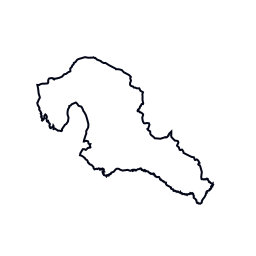 the district of Loeng Nok Tha, Yasothon, Thailand, rotated 22°
{"feature_id": "78962969B75091114631629", "entity_name": "Loeng Nok Tha", "entity_type": "district", "adm_level": 2, "iso_a3": "THA", "parent_name": "Thailand", "parent_adm1": "Yasothon", "projection": "mercator", "projection_center": [104.626, 16.21], "detail": "fine", "context": "isolated", "style": "outline", "palette": "ink", "viewbox_px": 256, "rotation_deg": 22, "n_neighbors": 0, "source": "geoboundaries", "source_scale": "gbopen_adm2", "svg_char_len": 5940}
<svg xmlns="http://www.w3.org/2000/svg" viewBox="0 0 256 256"><g transform="rotate(22 128 128)"><path d="M207.4,133.6L205.4,132.0L204.1,131.4L203.5,131.4L202.4,132.5L201.9,132.5L200.1,130.5L197.5,131.0L188.9,130.3L188.0,129.0L186.3,127.8L185.9,127.9L184.8,128.9L184.1,128.9L182.3,126.8L180.5,126.3L180.0,125.9L180.2,122.7L179.4,121.6L178.4,121.5L176.1,122.1L171.8,120.2L170.6,118.5L170.6,117.8L169.5,115.1L168.4,117.6L168.1,119.7L168.4,119.9L167.5,122.0L166.7,122.6L166.2,122.4L162.1,125.8L156.6,127.5L155.3,126.8L151.9,125.8L150.9,125.1L149.8,122.8L147.4,122.4L146.4,121.7L146.9,121.1L146.7,117.3L146.5,116.7L145.6,115.8L143.9,116.2L141.7,117.5L141.0,117.6L139.3,116.3L137.7,113.8L137.3,112.9L137.1,110.0L136.5,109.4L134.6,108.8L133.0,109.0L132.7,108.5L132.2,108.5L131.9,108.3L130.7,108.8L130.4,108.4L130.4,107.2L131.4,105.4L131.1,103.5L131.6,103.0L131.6,101.0L131.8,100.6L132.9,100.2L132.9,99.5L130.9,96.5L129.6,93.1L128.7,91.4L128.5,89.2L125.5,88.8L123.6,87.0L121.0,88.0L119.8,87.8L118.2,88.3L117.0,87.6L115.5,87.9L114.7,87.7L113.9,87.3L113.5,86.7L113.1,85.6L113.0,82.9L111.5,81.2L111.3,80.2L111.5,79.6L110.0,78.8L108.5,78.4L103.3,77.9L100.4,76.6L97.4,77.0L94.8,78.0L94.4,77.6L87.0,76.9L82.8,76.1L81.3,76.8L80.4,76.8L79.1,76.7L77.6,76.1L73.8,76.2L71.3,75.3L70.8,75.7L69.5,75.4L68.6,76.1L64.7,77.8L61.6,78.4L56.2,82.7L55.3,83.8L54.6,86.5L53.4,88.0L53.7,88.7L53.6,89.7L53.0,90.7L52.9,91.6L53.1,92.1L52.2,94.4L53.3,97.1L51.8,98.5L50.3,101.0L48.7,102.1L47.6,105.1L45.6,107.1L42.4,109.4L41.8,109.5L41.3,110.7L40.6,110.7L40.2,110.1L39.5,110.0L37.7,110.7L36.3,111.7L36.1,112.7L36.2,113.9L37.0,115.7L36.8,116.7L33.8,118.3L32.1,118.9L30.5,120.1L29.4,121.5L27.8,122.0L29.7,124.8L32.4,129.7L34.8,132.6L34.9,133.5L34.6,135.6L34.7,137.5L34.4,138.4L34.6,138.9L35.9,140.7L37.0,141.4L38.6,142.9L38.6,143.9L39.0,144.4L40.5,145.3L42.0,146.7L41.8,147.2L42.2,147.3L42.2,148.0L43.2,148.8L43.1,149.1L43.6,149.7L43.4,150.0L43.7,150.1L43.8,150.8L44.5,151.0L45.1,152.1L45.5,152.3L45.3,154.0L46.5,151.8L46.6,150.7L46.9,150.2L46.2,149.2L45.9,148.1L46.3,146.4L47.4,146.8L48.5,147.9L48.8,148.6L48.8,149.8L50.4,152.2L51.2,152.3L51.5,151.6L52.5,152.8L53.8,153.3L54.2,153.8L54.2,154.9L54.4,155.4L54.9,156.2L55.2,156.5L55.4,156.4L56.1,157.2L56.5,157.1L57.4,155.5L57.9,154.4L57.8,153.7L58.2,154.0L59.2,156.0L59.2,157.6L59.9,156.3L60.4,155.9L64.0,156.7L65.5,156.1L67.3,155.9L67.7,155.2L67.7,154.7L67.2,153.9L68.3,148.8L69.3,147.3L69.9,144.5L69.0,140.7L66.8,138.0L66.1,136.3L65.6,134.4L65.4,132.8L65.8,130.9L65.3,129.7L66.4,128.6L67.0,127.0L70.1,123.9L71.5,124.4L73.8,125.9L76.8,125.7L79.0,127.5L80.3,129.0L81.7,129.8L84.1,131.8L86.4,134.6L89.8,139.2L90.9,142.4L90.4,146.5L91.5,149.1L91.4,150.3L91.8,155.7L92.1,157.1L92.6,156.9L93.3,156.0L94.2,155.5L95.8,155.3L96.6,156.1L97.2,157.2L98.4,157.5L99.1,157.1L99.3,159.0L100.4,159.8L100.3,160.3L98.3,161.5L97.1,164.1L95.4,164.0L94.0,164.6L93.3,169.2L93.7,171.3L95.3,171.1L97.7,171.5L98.4,171.9L99.5,172.1L100.3,172.9L102.2,173.2L103.1,173.9L103.8,175.0L104.7,175.1L105.1,175.6L106.3,176.0L107.1,175.8L107.7,176.1L108.6,176.1L110.6,177.1L111.1,178.1L112.4,178.9L114.0,177.6L114.7,177.7L115.1,177.2L115.4,177.2L116.0,176.4L116.7,176.4L117.3,176.9L117.4,176.6L117.8,176.7L117.8,176.3L118.3,176.4L118.5,176.1L118.9,176.3L119.3,175.5L119.8,175.7L120.1,175.6L120.1,175.2L120.9,175.4L120.8,175.7L121.1,175.8L121.4,176.4L121.2,176.7L121.7,177.0L121.4,177.4L122.0,177.6L121.5,178.0L121.2,177.8L121.0,178.2L121.6,178.3L121.4,178.6L121.9,179.0L121.6,179.1L121.7,179.4L123.3,180.7L125.7,180.4L125.9,180.6L126.0,180.3L126.2,180.5L126.3,179.9L127.6,179.5L127.3,178.9L128.2,178.4L128.1,177.7L128.9,177.4L129.3,176.8L129.1,176.4L129.4,176.0L129.3,175.6L131.1,174.0L132.0,171.2L132.8,170.0L134.7,169.3L136.3,169.6L138.9,169.5L143.5,166.9L145.5,166.9L146.4,166.7L147.4,165.5L148.4,166.1L148.8,165.7L148.2,165.4L148.4,164.8L150.0,164.1L151.0,164.4L151.0,164.1L151.6,163.8L152.5,162.6L153.6,162.0L154.6,160.8L155.5,160.7L155.7,161.2L156.4,161.8L157.2,161.4L157.9,161.7L158.3,161.4L158.7,161.7L159.1,160.9L160.0,161.5L160.2,161.1L160.4,161.3L160.6,160.9L162.2,161.1L162.8,160.8L165.2,161.8L165.8,161.4L166.6,162.0L168.6,160.7L168.8,161.0L169.0,160.7L169.7,160.9L169.9,161.1L169.7,161.5L170.2,161.5L170.6,162.1L171.0,162.0L171.7,162.7L172.3,162.5L173.4,162.7L174.0,162.2L175.1,161.8L176.4,162.8L177.0,163.6L177.8,163.4L178.3,164.0L179.4,163.9L180.3,164.3L180.9,164.0L181.9,164.7L183.7,164.4L184.0,165.4L185.1,166.4L190.2,167.0L190.5,168.0L191.1,168.2L192.8,168.0L193.8,169.2L194.7,168.6L195.2,168.8L195.5,168.6L195.8,168.8L196.2,168.6L196.5,168.8L197.7,168.3L197.8,168.6L198.2,168.3L199.8,168.5L200.3,168.5L200.4,168.2L200.5,168.4L201.1,168.2L201.3,168.4L201.5,168.2L202.6,168.7L202.6,168.3L203.7,168.5L205.1,168.0L205.3,168.3L206.0,168.2L206.5,167.9L206.7,168.0L207.0,167.6L207.4,167.8L207.8,167.5L208.0,167.7L208.5,166.7L209.6,166.4L209.9,165.7L210.2,165.8L210.8,165.5L210.4,164.8L211.4,164.6L211.9,164.8L212.2,164.3L212.7,164.6L213.1,164.6L213.8,165.8L214.6,166.3L214.5,166.8L215.0,168.0L217.3,168.7L217.9,169.2L218.3,169.2L219.2,170.7L220.0,171.5L220.7,171.1L221.4,171.6L221.8,171.6L222.2,171.2L223.2,171.2L224.2,169.9L224.2,168.9L223.8,168.2L224.0,167.3L223.9,166.6L224.8,163.7L225.1,160.9L224.8,159.7L225.0,159.0L224.9,158.6L225.2,158.4L224.7,158.1L224.7,157.7L225.0,156.8L226.8,155.4L227.0,154.6L226.7,154.5L226.7,154.1L227.2,153.2L227.6,153.2L227.7,152.6L227.3,151.8L227.6,151.8L227.8,151.0L227.6,150.8L228.0,150.6L227.8,150.3L227.8,150.0L227.5,149.8L228.2,149.0L228.2,148.6L227.7,148.5L227.6,148.2L227.3,148.2L227.2,147.8L227.0,148.1L226.8,147.9L226.4,148.1L225.1,148.0L224.3,147.5L223.8,147.8L223.4,147.7L223.4,147.4L222.9,147.2L222.6,146.7L221.4,146.2L221.2,145.5L220.8,145.3L220.1,145.4L219.8,146.1L219.3,146.1L218.7,146.9L218.0,146.8L217.3,147.4L216.4,147.4L215.7,147.9L215.3,147.8L214.2,145.9L212.9,141.1L209.3,136.4L208.6,135.8L207.5,135.8L206.7,135.3L206.8,134.4L207.4,133.6Z" fill="none" stroke="#020617" stroke-width="2"/></g></svg>